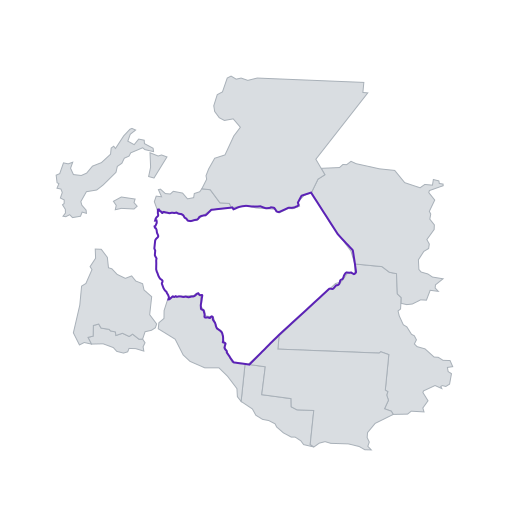 Algeria highlighted among its neighbors, rotated 276°
{"feature_id": "DZA", "entity_name": "Algeria", "entity_type": "country or territory", "adm_level": 0, "iso_a3": "DZA", "parent_name": "Africa", "parent_adm1": "", "projection": "equal_earth", "projection_center": [1.791, 28.04], "detail": "fine", "context": "with_neighbors", "style": "outline", "palette": "violet", "viewbox_px": 512, "rotation_deg": 276, "n_neighbors": 10, "source": "natural_earth", "source_scale": "50m", "svg_char_len": 10182}
<svg xmlns="http://www.w3.org/2000/svg" viewBox="0 0 512 512"><g transform="rotate(276 256 256)"><path d="M147.6,256.4L146.8,276.8L118.7,276.2L117.8,305.8L109.7,306.8L107.3,312.8L108.4,329.6L74.2,329.6L72.1,333.5L73.4,323.1L76.9,319.9L80.0,313.8L79.6,309.9L83.0,301.7L88.1,294.4L91.1,292.5L93.7,285.8L94.2,279.6L97.6,272.5L103.5,268.4L109.8,256.4L147.6,256.4Z" fill="#d9dde1" stroke="#a8b0b8" stroke-width="1"/><path d="M118.5,439.4L117.9,426.6L114.6,423.3L112.8,409.0L115.8,406.8L117.5,399.8L126.4,402.8L131.4,400.5L134.8,401.3L136.2,398.6L171.8,398.4L173.8,390.1L172.3,388.6L165.7,287.5L178.9,287.3L237.0,338.0L239.1,343.5L248.6,348.8L248.7,356.3L258.4,355.1L258.6,382.4L253.8,390.3L253.1,397.6L233.1,400.5L229.8,404.8L218.4,405.3L216.2,403.0L211.4,404.7L203.0,409.7L201.3,413.4L194.4,418.8L193.2,421.8L189.4,424.3L185.1,422.7L182.7,425.6L181.3,433.8L174.1,443.7L174.3,447.8L171.8,452.9L172.3,459.9L166.5,463.2L165.2,458.0L161.1,459.2L159.4,462.7L148.8,461.9L146.1,458.4L146.6,454.8L145.5,453.4L143.6,454.6L145.9,447.6L139.3,436.6L137.6,436.3L130.0,442.2L122.3,437.8L118.5,439.4Z" fill="#d9dde1" stroke="#a8b0b8" stroke-width="1"/><path d="M72.1,333.5L74.2,329.6L108.4,329.6L107.3,312.8L109.7,306.8L117.8,305.8L118.7,276.2L146.8,276.8L147.4,259.5L178.9,287.3L165.7,287.5L172.3,388.6L173.8,390.1L171.8,398.4L136.2,398.6L134.8,401.3L131.4,400.5L126.4,402.8L117.5,399.8L115.8,406.8L112.8,409.0L102.0,392.0L92.1,385.4L87.1,385.5L82.8,388.1L78.4,387.1L75.2,390.9L74.7,384.5L77.3,378.6L78.8,367.5L77.5,350.0L78.6,344.1L76.5,338.5L72.1,333.5Z" fill="#d9dde1" stroke="#a8b0b8" stroke-width="1"/><path d="M350.0,311.7L352.7,329.8L356.1,332.9L356.3,336.6L360.1,340.6L358.3,345.7L355.6,369.6L355.6,385.0L344.5,396.2L341.0,412.0L344.8,416.4L344.9,424.1L350.6,424.4L349.8,430.0L347.3,430.7L347.1,434.5L345.5,434.8L339.2,421.6L337.1,421.2L330.3,427.9L318.5,423.7L316.0,425.4L310.8,425.0L305.6,430.1L301.0,430.4L290.2,424.2L286.0,427.1L281.5,426.9L278.1,422.4L269.2,417.9L259.6,419.4L257.3,421.9L256.1,428.8L253.5,433.7L252.9,444.4L246.1,437.5L242.9,437.5L239.9,441.0L240.1,432.8L229.9,430.1L229.6,424.3L224.6,416.5L223.4,411.0L224.1,405.3L229.8,404.8L233.1,400.5L253.1,397.6L253.8,390.3L258.6,382.4L258.4,355.1L270.8,349.9L295.8,326.8L325.1,304.6L338.9,309.6L344.0,316.0L350.0,311.7Z" fill="#d9dde1" stroke="#a8b0b8" stroke-width="1"/><path d="M301.5,226.6L297.3,206.5L285.0,192.8L284.1,184.5L289.0,178.4L290.7,169.4L289.1,159.1L290.6,153.5L299.4,149.2L305.1,150.5L305.0,155.9L311.8,152.0L312.5,154.0L308.6,159.3L308.7,164.3L311.7,167.0L310.9,176.4L305.7,181.9L307.5,187.9L311.7,188.1L314.0,193.3L317.2,195.1L317.1,203.6L305.1,214.6L305.5,224.0L301.5,226.6Z" fill="#d9dde1" stroke="#a8b0b8" stroke-width="1"/><path d="M151.2,101.5L157.5,97.4L159.3,102.4L169.9,101.5L171.9,106.7L168.1,109.5L167.7,117.6L166.3,119.2L165.8,124.1L162.3,125.0L165.2,131.3L162.7,138.3L165.4,141.4L161.0,148.4L161.5,151.9L158.1,154.7L153.9,153.2L149.7,154.4L151.3,146.0L150.8,139.4L147.3,138.4L145.6,134.4L146.6,127.5L150.0,123.7L152.7,113.1L151.2,101.5Z" fill="#d9dde1" stroke="#a8b0b8" stroke-width="1"/><path d="M161.5,151.9L161.0,148.4L165.4,141.4L162.7,138.3L165.2,131.3L162.3,125.0L165.8,124.1L166.3,119.2L167.7,117.6L168.1,109.5L171.9,106.7L169.9,101.5L159.3,102.4L157.5,97.4L151.2,101.5L152.0,94.2L149.1,89.7L160.5,82.4L188.7,85.9L207.8,85.7L210.9,89.7L225.3,94.3L228.1,92.1L237.0,96.7L246.1,95.4L246.5,101.4L239.1,108.3L228.9,110.5L228.2,114.0L223.2,119.8L220.1,128.4L223.2,134.4L218.5,139.1L216.6,146.1L210.5,148.2L204.6,156.5L186.5,156.4L178.0,164.3L174.1,163.4L171.2,159.8L169.1,153.6L161.5,151.9Z" fill="#d9dde1" stroke="#a8b0b8" stroke-width="1"/><path d="M302.6,51.0L307.3,52.4L308.1,50.5L315.5,48.8L317.4,52.2L328.5,54.8L328.0,59.6L330.1,63.9L323.9,62.4L317.9,65.9L317.8,73.8L320.7,78.9L328.3,84.0L332.7,92.5L342.0,100.7L348.2,100.7L350.3,103.0L348.2,105.0L361.7,111.9L368.9,117.4L369.9,119.3L368.7,123.1L363.9,118.2L356.8,116.5L354.0,123.2L360.0,127.1L359.5,132.7L356.1,133.3L352.4,142.4L349.1,143.2L350.2,134.3L351.8,132.0L345.5,120.6L342.1,119.3L339.5,114.8L334.2,112.9L330.6,108.7L324.6,108.0L310.7,96.6L305.0,90.7L302.2,80.6L291.8,76.1L288.3,77.5L283.9,82.2L280.7,82.9L281.5,78.5L277.2,77.3L275.0,69.5L277.6,66.4L275.2,62.7L275.4,59.9L278.8,62.0L282.5,61.5L286.7,58.2L288.1,59.7L291.7,59.4L293.2,55.4L298.9,56.7L302.2,55.0L302.6,51.0ZM333.3,141.9L347.6,139.8L345.2,148.2L346.6,151.5L345.2,157.1L322.9,146.4L323.8,140.9L333.3,141.9ZM291.7,111.7L295.5,108.5L300.6,115.9L300.0,129.8L296.3,129.1L293.1,132.6L290.0,129.8L289.3,117.1L287.3,111.2L291.7,111.7Z" fill="#d9dde1" stroke="#a8b0b8" stroke-width="1"/><path d="M114.1,252.2L122.1,250.9L133.5,240.2L140.9,230.8L139.4,216.8L144.3,201.4L150.0,193.9L164.8,184.3L173.4,166.4L179.5,166.4L184.3,171.0L192.1,170.3L204.1,172.8L207.1,179.8L210.2,198.1L212.4,200.4L210.8,204.7L199.9,206.6L196.0,210.7L191.2,211.7L190.7,220.0L180.7,224.4L177.4,230.0L161.9,234.7L148.0,243.1L147.6,256.4L109.8,256.4L114.1,252.2Z" fill="#d9dde1" stroke="#a8b0b8" stroke-width="1"/><path d="M433.1,238.6L439.9,345.1L429.8,345.2L429.9,350.1L358.5,305.4L344.0,316.0L338.9,309.6L325.1,304.6L321.1,297.4L314.1,292.0L310.1,294.1L306.9,287.7L306.5,282.8L301.2,274.4L304.5,269.6L303.8,251.0L305.0,241.7L301.5,226.6L305.5,224.0L305.1,214.6L317.1,203.6L317.2,195.1L327.2,198.9L330.6,197.9L337.6,199.8L348.9,204.7L353.3,214.6L373.1,221.4L382.4,227.0L390.0,219.0L387.5,210.4L389.7,205.0L395.4,199.8L401.0,198.3L412.4,200.6L415.7,205.5L430.0,208.8L432.3,212.4L429.8,217.8L431.4,222.6L429.8,229.5L433.1,238.6Z" fill="#d9dde1" stroke="#a8b0b8" stroke-width="1"/><path d="M291.9,153.6L292.1,154.2L292.1,154.7L291.4,155.2L290.9,155.5L290.3,156.9L289.2,157.9L289.0,158.1L289.0,158.4L289.8,158.8L290.1,159.2L290.2,159.8L289.9,161.7L289.8,163.2L289.5,165.2L289.6,165.9L289.9,166.8L290.2,167.5L290.3,168.3L290.2,170.2L290.6,171.4L290.9,172.4L290.3,173.7L290.0,174.8L289.9,176.5L289.9,177.5L289.4,178.5L288.9,179.4L288.3,179.9L287.5,180.4L286.6,181.1L285.9,182.8L284.3,184.2L284.0,184.7L283.9,185.8L283.9,187.4L284.3,188.7L285.1,190.5L285.8,192.6L286.0,193.6L286.3,194.0L287.2,194.7L288.9,195.6L289.2,196.0L290.1,197.4L290.9,199.9L291.2,201.6L292.7,203.0L294.2,204.2L295.5,205.3L297.0,206.5L297.3,206.8L297.8,209.4L298.4,211.9L299.0,214.6L299.6,217.4L300.3,220.7L300.7,222.5L301.2,224.8L301.8,227.4L301.0,228.0L300.1,228.7L300.8,230.1L302.1,232.3L303.0,234.1L303.3,234.9L304.0,237.1L304.5,239.3L304.7,240.0L304.9,241.7L304.8,246.3L305.3,252.1L305.9,255.1L305.2,257.7L304.6,260.2L304.6,261.5L305.0,263.5L305.4,265.0L306.0,265.8L305.9,268.2L305.7,269.1L304.3,270.4L302.6,271.6L302.2,272.6L302.1,273.8L302.3,274.7L303.5,276.7L305.3,279.8L307.3,283.1L307.5,284.0L307.6,286.4L308.4,289.4L309.3,290.7L309.7,291.7L310.3,292.4L310.9,292.9L311.3,293.0L313.4,292.1L317.1,293.5L320.5,294.9L320.8,295.2L321.6,296.9L322.9,299.8L323.9,302.1L324.8,304.1L320.4,307.6L316.0,311.2L311.6,314.7L307.1,318.3L302.7,321.9L298.3,325.4L293.8,329.0L289.3,332.6L286.4,334.9L284.5,337.0L282.1,339.7L279.9,342.3L278.1,344.3L275.9,347.0L274.7,348.3L272.2,351.3L271.4,351.8L268.0,352.7L264.9,353.5L262.0,354.3L260.0,354.8L258.1,355.3L255.3,356.0L253.3,356.5L251.2,357.0L250.8,357.1L250.4,357.1L250.1,357.1L249.6,356.8L248.8,356.1L248.4,355.7L248.2,355.2L248.5,354.5L248.9,353.8L249.0,353.3L249.2,352.9L249.5,352.6L249.5,352.1L249.3,351.4L249.1,350.4L249.1,348.5L249.1,347.9L249.1,347.7L248.4,346.9L247.2,346.2L246.1,345.7L245.6,345.5L244.4,345.3L242.7,344.8L242.1,344.4L241.0,342.7L240.4,342.3L237.9,342.0L237.1,341.7L236.4,341.3L235.8,340.7L235.4,339.8L235.3,339.0L235.1,338.7L232.3,336.8L231.6,336.2L231.2,335.6L231.2,334.7L231.3,333.7L231.2,332.7L231.1,332.3L229.8,331.1L226.9,328.6L224.1,326.1L221.2,323.6L218.4,321.1L215.6,318.6L212.7,316.1L209.9,313.6L207.1,311.2L204.3,308.7L201.5,306.2L198.7,303.7L195.9,301.2L193.1,298.7L190.3,296.3L187.5,293.8L184.7,291.3L182.3,289.2L179.8,287.0L177.8,285.4L175.9,283.8L173.9,282.1L172.5,281.0L171.0,279.7L169.4,278.5L167.8,277.2L166.2,275.9L164.6,274.7L163.0,273.4L161.5,272.1L159.9,270.9L158.3,269.6L156.7,268.3L155.2,267.1L153.6,265.8L152.0,264.5L150.5,263.3L148.9,262.0L147.3,260.8L147.4,258.4L147.5,256.5L147.6,253.8L147.6,251.4L147.7,248.9L147.8,247.3L147.8,245.6L147.9,244.8L148.1,244.5L148.9,243.9L150.3,242.6L150.9,242.1L151.5,241.5L153.8,239.8L154.3,239.3L156.6,237.3L157.1,237.0L158.3,236.9L158.8,236.5L159.4,235.7L160.4,234.8L161.1,234.4L161.6,234.2L163.7,234.5L164.5,234.7L165.5,234.9L165.8,234.8L166.1,234.5L166.5,233.8L166.6,233.1L166.6,232.4L166.7,232.2L166.9,232.0L167.3,232.1L167.9,232.2L169.1,232.1L169.5,232.0L170.9,231.9L172.9,231.5L174.4,230.9L175.6,230.5L177.0,229.4L178.0,228.1L179.0,226.3L179.8,224.8L181.4,223.8L182.8,223.2L183.6,223.0L185.3,222.2L186.8,220.9L188.2,219.8L189.2,219.6L190.6,219.4L190.9,219.2L191.2,218.8L191.3,218.1L190.9,217.6L190.4,217.3L190.0,217.0L189.7,216.9L189.5,216.6L189.6,215.9L189.7,215.3L189.9,214.8L189.9,213.9L189.6,213.1L189.5,212.5L189.5,211.9L189.7,211.4L190.2,211.1L190.8,211.0L191.6,211.1L192.9,210.9L196.5,209.5L196.7,209.0L197.0,208.1L197.3,207.2L197.6,206.9L197.8,206.8L199.0,206.6L200.7,206.3L201.3,206.2L203.1,206.3L204.4,206.4L206.6,206.5L208.1,206.5L209.4,206.6L211.1,206.7L211.5,206.5L211.5,205.8L211.2,204.6L211.4,203.9L212.1,203.2L212.9,202.5L212.5,201.5L211.9,200.9L211.0,200.2L210.5,199.8L209.7,198.9L209.2,197.9L208.9,195.8L208.3,194.5L207.9,193.1L208.3,190.3L207.8,188.7L207.7,188.0L207.7,187.1L207.9,185.7L207.8,183.6L207.1,181.5L207.5,180.8L207.6,180.4L207.6,180.1L206.9,179.5L206.7,178.9L206.8,178.4L207.2,177.6L207.1,177.3L206.1,176.4L204.4,174.9L203.9,174.3L203.7,173.5L205.4,173.7L206.2,173.6L208.2,172.6L209.8,171.3L211.0,170.7L212.1,169.2L213.1,168.3L214.5,167.3L218.5,165.3L219.2,165.2L220.5,165.7L221.6,165.6L222.4,164.8L223.3,163.1L224.6,162.0L226.3,160.9L228.5,159.9L230.0,159.0L232.3,158.1L238.2,157.6L241.2,157.2L243.2,157.3L245.3,155.8L246.3,155.3L250.8,155.2L252.9,154.1L260.8,154.1L261.8,154.4L262.8,155.0L264.4,156.4L265.3,156.7L266.3,156.5L268.7,155.1L271.5,154.4L273.0,153.6L273.6,152.5L274.9,152.0L275.6,152.9L278.5,153.8L280.2,153.6L281.0,153.3L280.7,152.0L282.6,152.3L284.0,153.0L285.5,154.3L286.5,154.5L288.3,153.9L291.9,153.6Z" fill="none" stroke="#5b21b6" stroke-width="2"/></g></svg>